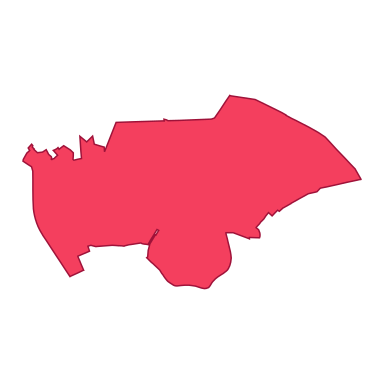 the district of Baldone, Baldones, Latvia
{"feature_id": "27541924B69230564429845", "entity_name": "Baldone", "entity_type": "district", "adm_level": 2, "iso_a3": "LVA", "parent_name": "Latvia", "parent_adm1": "Baldones", "projection": "mercator", "projection_center": [24.39, 56.741], "detail": "fine", "context": "isolated", "style": "filled", "palette": "rose", "viewbox_px": 384, "rotation_deg": 0, "n_neighbors": 0, "source": "geoboundaries", "source_scale": "gbopen_adm2", "svg_char_len": 3825}
<svg xmlns="http://www.w3.org/2000/svg" viewBox="0 0 384 384"><path d="M92.6,136.1L86.7,141.9L79.9,136.3L80.8,150.0L80.9,151.4L81.5,158.5L77.5,159.3L73.9,160.2L73.0,159.4L73.3,155.8L73.3,152.8L70.3,149.9L63.7,145.7L61.4,147.4L59.4,149.0L59.1,149.3L58.0,147.6L57.0,148.6L55.0,149.7L53.3,150.4L53.5,150.6L55.5,152.9L57.6,155.2L54.7,157.9L54.2,158.5L52.9,158.9L52.5,159.1L52.0,159.5L51.6,159.5L51.3,159.3L51.3,159.1L51.4,158.9L51.6,157.9L51.4,156.9L50.9,156.3L50.0,155.6L49.1,154.8L48.5,154.2L47.5,152.1L46.6,150.5L46.2,149.7L45.9,149.9L42.5,152.1L37.4,152.7L34.0,149.5L34.2,149.0L32.3,147.1L32.8,145.6L31.6,144.2L28.2,148.0L29.7,150.5L28.3,151.8L26.9,153.0L23.3,159.4L23.0,161.2L28.3,164.7L31.5,166.7L32.8,171.2L32.9,180.2L32.9,189.5L33.0,198.3L33.0,199.2L33.4,208.3L33.4,208.8L33.9,212.3L34.0,212.9L34.6,215.9L34.9,217.0L35.3,218.6L35.6,219.7L35.7,220.0L35.9,220.4L36.3,221.9L36.6,222.7L36.9,223.6L37.5,225.0L38.0,226.4L38.6,227.6L39.7,229.9L41.4,232.9L41.8,233.5L43.0,235.6L46.5,240.8L50.4,246.8L56.3,255.8L59.7,260.9L65.9,270.4L70.0,276.6L70.4,276.3L73.9,274.7L78.3,272.7L83.1,270.4L83.4,270.2L83.6,270.2L82.4,267.3L81.1,264.3L79.8,261.1L78.1,257.1L77.8,256.2L89.5,251.2L89.4,250.8L87.9,246.2L90.9,245.3L91.6,245.5L95.8,246.6L97.6,246.4L112.1,245.3L112.6,245.3L115.9,245.5L118.2,245.7L118.7,245.7L121.5,245.8L123.8,246.1L124.2,246.1L124.4,245.9L128.4,244.9L128.6,244.8L131.0,244.5L140.6,243.0L140.9,243.0L141.6,243.4L142.0,243.6L142.8,243.8L144.3,244.1L145.7,244.2L148.1,244.6L148.4,243.8L148.9,243.0L149.2,242.4L149.6,241.8L150.5,240.1L151.5,238.5L152.9,236.3L157.0,229.5L158.7,230.4L155.9,235.1L155.4,234.8L151.6,241.0L150.7,242.5L150.3,243.1L150.1,243.6L149.7,244.4L149.2,245.2L149.2,245.3L149.5,245.5L148.2,250.4L147.7,256.9L146.7,257.7L151.3,262.3L152.7,263.4L153.5,264.1L154.4,265.0L155.8,266.3L159.7,270.0L161.7,273.3L162.9,274.8L164.1,276.7L165.4,278.5L166.3,279.6L167.1,280.6L168.0,281.5L170.4,283.2L172.5,284.5L173.2,285.0L173.8,285.3L174.5,285.6L175.9,285.9L177.5,285.9L180.9,285.5L184.8,285.2L189.0,285.2L191.4,285.5L195.5,286.1L201.4,288.0L204.4,288.6L206.2,288.4L208.5,287.6L209.1,287.0L210.1,285.7L211.9,282.7L212.5,281.9L213.4,280.9L214.4,279.9L215.4,278.8L217.8,276.9L221.5,274.5L223.3,273.4L224.8,272.2L225.8,271.5L226.9,270.5L227.1,270.3L227.5,269.9L227.8,269.4L228.0,269.1L228.2,268.9L228.3,268.8L228.4,268.6L229.0,267.2L229.7,265.8L230.7,262.2L231.2,258.1L231.2,257.9L230.9,254.9L230.4,251.8L228.9,245.5L228.3,243.1L227.8,241.1L227.6,240.1L227.2,238.3L226.7,236.6L226.4,235.3L226.1,234.3L226.0,233.4L225.9,233.0L226.0,232.7L233.1,232.7L249.2,238.7L249.4,238.8L249.4,237.5L249.5,237.5L250.1,237.5L255.9,237.7L259.5,237.8L259.9,236.6L260.0,235.4L260.0,234.4L259.8,232.9L258.6,229.7L257.2,228.6L256.1,227.7L256.2,227.4L256.5,227.0L257.6,225.8L259.4,223.9L260.9,221.8L261.5,221.3L263.1,219.7L263.4,219.4L263.8,219.0L265.9,215.8L268.2,213.0L268.5,212.6L272.1,215.9L273.0,215.0L274.0,213.9L274.8,213.1L275.4,212.4L276.1,211.8L276.7,211.1L277.2,210.6L277.6,210.2L279.3,211.3L283.1,207.9L283.4,207.8L290.7,203.7L290.8,203.7L291.1,203.3L299.1,198.8L307.8,194.0L308.2,193.8L308.8,193.6L314.7,192.3L316.7,191.8L317.0,191.7L319.7,188.8L320.2,188.3L320.6,188.1L325.6,187.1L325.8,187.1L336.6,184.7L347.4,182.2L347.5,182.2L356.9,180.2L359.5,179.6L360.4,179.5L360.8,179.5L361.0,179.3L355.7,170.0L355.2,169.0L350.2,163.8L344.5,157.7L336.4,149.3L330.3,142.6L325.2,137.1L318.5,132.6L309.3,127.4L300.2,122.7L297.1,121.1L296.6,120.8L291.8,118.5L285.9,115.3L286.0,115.0L281.8,112.6L277.8,110.6L256.4,100.1L255.1,99.5L230.5,95.8L229.8,95.4L225.8,101.2L219.9,110.2L214.5,118.0L211.4,119.1L209.6,119.2L179.7,120.4L168.0,120.7L166.6,119.9L164.0,119.2L164.2,120.9L163.2,120.9L134.1,121.8L116.1,122.4L106.7,146.3L104.5,151.8L104.2,147.1L100.6,146.1L94.3,144.2L92.6,136.1Z" fill="#f43f5e" stroke="#9f1239" stroke-width="1.5"/></svg>